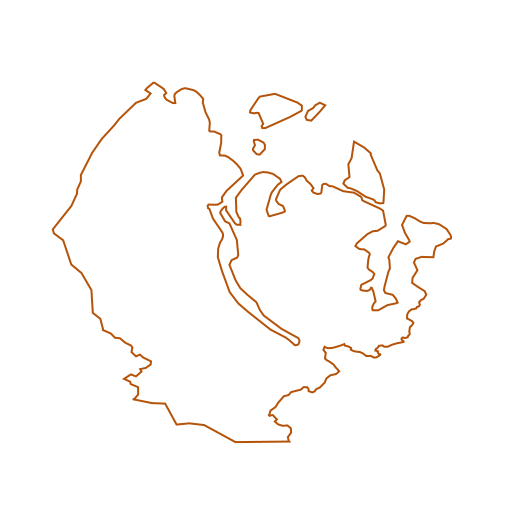 outline of Ketchikan Gateway, United States of America, rotated 170°
{"feature_id": "52423323B88813000222889", "entity_name": "Ketchikan Gateway", "entity_type": "district", "adm_level": 2, "iso_a3": "USA", "parent_name": "United States of America", "parent_adm1": "", "projection": "robinson", "projection_center": [-131.311, 55.562], "detail": "fine", "context": "isolated", "style": "outline", "palette": "amber", "viewbox_px": 512, "rotation_deg": 170, "n_neighbors": 0, "source": "geoboundaries", "source_scale": "gbopen_adm2", "svg_char_len": 5803}
<svg xmlns="http://www.w3.org/2000/svg" viewBox="0 0 512 512"><g transform="rotate(170 256 256)"><path d="M61.1,239.3L60.5,240.9L61.0,243.3L63.6,249.4L69.7,255.1L71.0,255.9L75.6,257.8L78.4,257.9L85.1,259.4L88.0,261.1L93.1,265.6L98.0,268.9L100.6,269.4L106.8,261.2L105.3,252.9L102.3,244.8L102.2,243.4L106.4,241.5L113.7,245.9L119.4,240.0L125.8,231.8L125.4,228.7L126.3,220.4L128.3,217.6L134.5,204.1L136.0,200.1L135.0,197.1L128.1,194.0L125.7,189.7L124.6,185.5L126.1,185.1L135.1,184.8L145.0,181.3L150.4,182.3L150.7,183.0L150.4,185.5L148.2,188.8L146.1,190.5L146.6,200.8L147.5,204.5L148.3,204.8L149.0,203.7L150.0,202.9L152.3,202.3L156.7,203.3L158.9,204.7L158.9,205.6L157.3,209.3L147.6,212.2L145.1,213.6L142.6,217.7L143.8,219.9L147.2,223.1L148.2,225.2L146.3,232.1L145.0,235.6L143.7,237.7L143.8,238.8L144.1,239.5L148.2,243.7L151.4,244.4L153.4,245.3L156.4,248.5L154.5,250.9L142.5,258.2L136.7,260.1L131.9,259.7L123.5,263.1L122.8,264.1L123.0,278.6L125.7,281.2L140.9,291.7L141.8,293.0L141.9,295.3L142.5,296.2L148.4,301.3L158.9,304.7L168.4,311.3L171.6,312.1L174.5,314.9L176.9,315.2L178.4,314.5L180.6,307.3L181.6,306.3L184.4,306.3L188.3,308.3L189.8,310.7L187.6,312.8L189.7,317.2L193.0,321.4L194.2,324.9L195.9,326.9L196.6,327.1L200.4,327.2L213.7,321.1L220.0,317.5L221.1,316.5L226.4,308.6L226.5,306.9L224.7,303.3L220.7,300.5L219.7,296.0L219.9,294.8L223.3,294.0L235.6,292.8L236.5,293.2L237.4,298.3L237.5,300.0L230.7,314.0L229.0,316.3L222.3,322.3L218.0,324.5L219.0,327.9L225.0,333.9L229.8,336.2L234.1,337.4L238.0,337.3L243.0,336.3L258.5,323.7L265.7,316.9L267.7,302.8L266.4,297.6L265.8,296.4L265.2,295.8L265.3,292.8L266.0,289.4L269.6,290.2L271.0,291.7L277.5,306.2L276.8,309.8L278.3,309.9L280.6,308.5L282.9,306.4L283.8,304.7L280.4,295.5L276.5,292.7L272.1,275.1L273.3,260.1L274.8,257.7L280.7,256.2L283.7,252.0L280.3,235.5L277.0,227.0L271.2,219.3L263.8,210.6L263.4,209.6L261.6,202.3L258.7,196.0L243.5,179.8L228.6,167.8L227.9,165.4L228.3,163.7L229.5,161.8L230.7,161.3L233.1,161.3L238.1,167.6L240.9,170.5L254.5,181.0L273.6,202.5L281.7,212.4L288.2,225.1L292.1,247.0L293.8,261.5L291.9,270.0L289.0,275.6L286.8,277.9L285.1,281.0L284.7,283.4L285.0,284.9L291.9,300.4L293.7,310.4L294.9,311.4L294.9,313.8L293.8,314.9L287.0,313.5L284.4,313.3L279.7,315.3L279.5,319.5L273.8,325.2L255.0,337.3L254.7,337.6L255.9,343.9L256.2,345.0L257.8,347.7L258.8,349.5L262.1,353.9L266.1,358.1L269.0,360.2L274.1,361.4L274.2,364.8L273.6,365.7L270.6,373.6L269.2,381.0L270.0,382.2L275.7,385.9L279.5,386.6L280.3,387.5L278.3,395.3L278.5,398.8L280.7,406.1L281.8,416.4L280.7,419.9L283.3,424.3L286.3,428.2L288.8,430.2L294.9,432.9L297.0,433.6L300.2,433.3L305.5,431.2L308.1,429.4L308.7,427.1L308.9,420.6L311.4,421.1L316.9,425.4L318.0,427.1L318.7,429.8L318.5,430.5L316.1,432.1L317.8,436.5L325.7,444.1L327.0,444.5L334.2,440.3L336.1,438.7L331.6,434.3L336.9,429.8L347.6,427.7L366.8,414.8L373.2,409.1L387.7,398.0L399.4,386.1L414.4,366.2L415.5,359.9L420.5,352.5L421.5,348.4L429.1,337.4L451.5,317.5L451.1,313.4L443.2,305.0L439.4,279.7L430.8,269.5L424.0,251.0L426.6,228.3L420.2,221.2L419.3,209.8L419.5,209.6L412.3,204.8L409.1,200.0L404.3,198.6L399.6,193.1L394.7,189.6L393.6,187.4L395.3,183.0L391.6,178.0L387.5,179.1L384.7,175.6L377.7,170.5L378.6,167.4L384.1,164.9L389.7,164.7L388.8,162.1L395.1,158.3L399.8,161.1L407.3,157.9L401.8,154.1L401.6,151.6L394.9,147.3L396.1,140.1L400.6,136.3L402.3,136.4L384.0,129.2L371.1,126.4L363.5,103.8L350.8,102.8L336.4,98.5L308.6,76.3L255.5,67.5L255.9,68.2L256.1,72.1L252.1,76.0L251.6,80.3L254.5,83.7L259.1,84.1L263.4,86.3L266.2,89.7L263.8,91.4L266.4,95.4L267.1,96.4L269.6,96.5L270.3,96.2L270.9,97.1L270.2,97.9L268.5,101.3L262.9,103.9L259.8,107.5L252.9,113.1L248.2,113.4L244.9,115.9L235.0,116.6L231.9,118.6L228.4,117.9L227.4,115.9L227.6,113.8L224.3,111.9L221.7,112.5L220.0,114.3L215.8,115.5L212.8,117.7L210.4,119.3L207.9,123.2L203.4,125.6L197.5,125.9L194.1,128.0L195.5,130.4L196.6,132.0L198.6,135.8L202.4,139.6L204.5,141.2L205.9,143.2L205.3,144.8L204.1,148.4L205.9,151.9L204.2,154.7L201.6,152.8L196.3,152.2L190.7,152.8L187.2,153.3L184.3,153.9L184.0,152.3L181.0,151.0L178.3,148.9L178.9,147.3L176.4,145.4L173.8,144.4L170.4,143.4L167.6,141.5L165.9,139.6L164.7,138.3L160.4,137.7L157.3,135.4L155.1,135.3L152.4,136.3L151.0,136.9L150.7,137.3L151.1,138.0L152.0,138.1L152.8,139.6L152.5,141.0L154.9,142.2L154.1,143.6L152.5,144.2L150.5,146.2L146.9,146.0L145.5,144.4L142.0,143.8L137.5,145.0L132.1,145.6L128.9,145.6L127.1,145.7L125.6,145.7L125.5,146.4L127.1,148.2L127.0,149.5L125.7,150.3L124.6,149.8L123.0,149.3L120.7,149.7L120.0,151.0L118.3,152.2L118.0,153.5L118.2,155.1L117.4,157.1L117.1,158.5L116.3,159.7L114.7,160.4L112.6,162.8L113.4,164.5L115.7,166.5L118.1,168.2L117.7,170.0L117.3,172.1L115.1,174.8L112.1,176.4L109.5,176.3L107.2,176.6L106.5,177.8L104.2,178.2L103.1,179.5L103.4,182.2L100.9,184.1L98.5,184.6L95.0,188.3L96.0,192.1L102.3,197.8L106.9,202.4L105.6,207.3L99.5,213.9L101.6,222.3L99.2,225.5L92.8,226.4L90.1,225.7L81.5,224.0L79.8,229.3L77.1,234.1L69.5,235.7L63.8,239.2L61.1,239.3ZM118.2,299.1L119.7,315.9L121.6,319.2L125.5,336.0L125.1,336.8L125.3,337.5L130.7,344.1L139.6,351.6L144.9,335.7L149.1,330.4L150.2,317.5L155.5,315.1L157.4,312.1L154.0,307.4L150.8,306.0L145.4,302.5L137.7,295.3L130.9,291.4L129.5,290.1L129.0,288.5L128.6,288.1L124.9,286.3L121.5,286.0L121.2,286.6L118.2,299.1ZM185.6,391.5L184.7,396.1L188.7,400.0L209.1,412.4L224.5,412.3L226.6,410.6L236.1,400.7L236.9,398.9L237.0,398.5L236.5,398.1L233.0,396.8L230.3,396.9L228.6,396.3L226.0,385.0L228.0,382.6L227.5,380.8L224.5,380.4L199.1,386.8L186.3,391.0L185.6,391.5ZM161.7,392.4L166.5,395.9L171.3,394.2L174.2,391.7L179.6,389.8L183.2,384.5L182.4,381.3L178.1,379.7L168.3,386.9L161.7,392.4ZM228.8,359.6L227.9,364.0L229.0,366.5L233.8,370.2L237.8,370.6L238.3,369.7L237.8,365.3L240.4,362.0L240.6,360.7L237.7,356.2L234.8,355.2L228.8,359.6Z" fill="none" stroke="#b45309" stroke-width="2"/></g></svg>